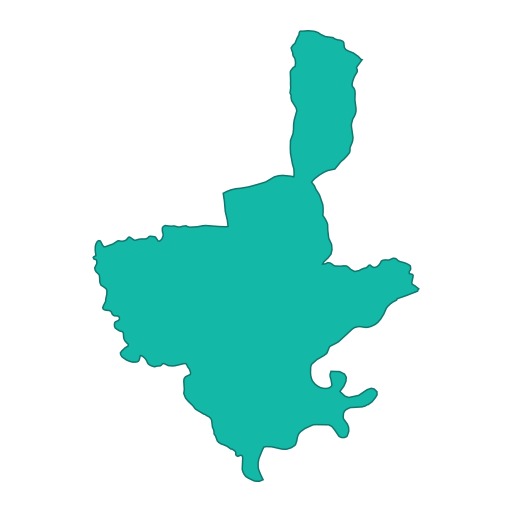 Tsendagang, Daga, Bhutan (Mercator projection)
{"feature_id": "84629894B97971916223830", "entity_name": "Tsendagang", "entity_type": "district", "adm_level": 2, "iso_a3": "BTN", "parent_name": "Bhutan", "parent_adm1": "Daga", "projection": "mercator", "projection_center": [89.946, 26.88], "detail": "fine", "context": "isolated", "style": "filled", "palette": "teal", "viewbox_px": 512, "rotation_deg": 0, "n_neighbors": 0, "source": "geoboundaries", "source_scale": "gbopen_adm2", "svg_char_len": 6055}
<svg xmlns="http://www.w3.org/2000/svg" viewBox="0 0 512 512"><path d="M418.8,288.9L414.9,285.8L412.4,284.4L411.7,282.9L413.0,276.9L413.1,275.4L412.6,274.5L411.4,274.1L409.8,273.8L409.1,273.2L409.3,271.4L410.2,270.2L410.7,269.1L410.5,266.7L410.1,265.6L408.4,264.5L406.1,263.4L403.9,262.6L400.0,261.6L398.0,260.6L396.4,259.0L395.2,258.4L393.3,258.2L388.8,260.1L385.1,259.9L382.7,260.3L381.3,261.1L380.0,263.6L378.6,265.3L377.0,266.7L375.0,267.4L373.6,267.4L372.0,266.6L370.0,265.0L368.7,265.4L367.7,266.6L366.1,267.9L364.3,268.2L361.8,269.1L359.3,270.5L354.7,271.5L350.8,269.5L349.3,268.0L347.3,266.4L346.1,265.9L342.7,265.9L341.1,266.2L335.1,266.0L333.5,265.3L331.4,263.7L330.1,263.0L327.8,262.6L325.2,263.9L322.6,264.0L323.9,261.8L328.1,257.8L331.0,254.1L332.0,249.7L331.6,244.5L328.7,238.1L327.8,230.4L327.6,224.3L326.9,222.3L325.3,219.1L322.8,215.3L323.1,212.8L323.1,208.0L322.8,204.7L319.5,195.1L317.7,192.1L315.7,189.0L314.4,185.8L311.5,182.1L314.6,178.7L319.4,175.0L324.0,172.2L327.9,170.5L334.9,169.0L340.8,161.7L344.1,158.9L347.2,155.6L349.5,152.7L350.0,150.8L350.0,147.7L351.9,143.1L352.7,140.5L353.0,137.5L351.4,126.3L351.5,123.7L352.8,118.9L354.4,116.2L355.5,113.5L356.0,111.1L356.0,108.3L354.9,100.1L355.1,93.3L354.9,90.6L354.0,88.3L352.6,86.7L352.1,85.3L352.2,83.4L352.8,80.9L354.3,76.7L357.2,71.8L357.3,69.9L356.5,67.9L356.8,66.9L362.1,59.7L360.9,59.3L358.3,56.5L353.4,53.0L347.7,50.7L345.7,49.5L344.4,47.6L343.7,42.4L342.8,41.3L340.4,40.2L337.4,39.8L334.6,38.8L333.1,37.6L325.4,36.6L320.5,34.3L318.1,32.6L314.7,31.4L311.3,31.0L307.9,30.7L304.0,31.1L300.2,31.2L299.6,31.9L299.1,33.2L299.1,34.4L297.0,38.4L295.0,43.3L292.8,45.3L291.1,47.9L292.0,51.0L292.5,51.8L292.9,54.9L293.2,55.9L294.8,58.4L295.1,59.4L295.4,61.4L295.5,63.5L295.1,66.5L293.3,67.4L290.8,70.6L290.4,71.5L290.3,72.5L290.6,80.7L290.5,83.8L290.7,87.9L290.0,92.9L291.1,95.3L291.0,97.4L291.7,100.8L296.1,107.9L296.8,110.8L294.2,120.1L293.6,124.5L293.5,129.7L293.0,133.7L290.5,140.4L290.3,147.4L290.5,153.3L292.4,163.7L293.9,169.0L294.1,174.1L293.8,176.8L290.9,176.2L283.0,175.4L278.8,175.7L274.5,176.8L265.6,182.0L258.0,184.3L248.6,186.9L240.3,188.3L235.9,188.7L231.1,189.8L227.1,191.3L223.2,193.3L224.4,201.1L225.3,211.5L227.3,220.0L228.1,226.4L225.9,226.8L218.7,226.5L205.6,225.5L203.0,225.7L197.1,226.8L189.6,227.2L187.2,226.5L186.2,225.8L182.7,226.2L180.8,226.8L178.7,227.1L174.0,225.9L171.9,226.2L169.7,226.1L165.2,225.5L163.7,226.3L162.6,227.4L162.3,228.5L162.3,230.2L162.5,231.9L163.1,233.6L163.1,235.9L162.0,238.8L160.9,240.1L159.5,241.1L158.2,241.1L155.5,237.1L154.6,236.7L150.1,236.2L148.9,236.7L147.7,238.0L145.9,238.9L143.4,239.0L142.5,238.9L139.0,239.2L135.2,240.3L134.0,240.0L130.1,237.3L129.1,237.0L128.2,237.6L126.3,239.9L124.2,240.9L121.7,241.3L118.5,240.7L117.5,241.0L113.0,244.0L105.1,246.8L103.8,246.7L102.7,245.4L100.4,241.0L98.7,240.6L97.4,241.4L96.1,243.6L95.3,246.2L95.2,250.4L95.9,255.7L93.8,256.7L93.2,257.4L93.8,258.9L96.5,260.0L96.8,261.1L96.8,263.6L94.7,267.9L95.2,270.2L96.2,271.9L99.1,274.7L99.5,276.3L99.8,281.9L100.7,284.7L101.3,285.4L103.0,286.4L106.0,288.6L106.7,289.9L106.9,290.9L106.8,294.2L105.7,299.3L105.6,301.4L103.4,305.8L102.7,307.7L103.1,308.8L104.1,309.7L106.3,310.3L109.0,310.5L110.7,311.2L111.5,312.4L112.3,314.3L113.5,315.4L114.4,315.8L117.7,316.0L118.9,316.7L119.3,317.5L119.5,318.7L119.2,319.7L118.0,320.7L115.4,321.8L114.7,322.8L114.4,324.1L114.5,326.4L115.3,328.1L117.3,329.5L119.3,330.8L122.4,331.7L123.2,332.5L123.4,333.7L123.6,337.1L124.0,338.8L124.8,340.7L127.1,343.3L127.9,343.8L128.3,344.6L128.1,346.0L125.1,347.8L121.9,350.8L120.4,352.8L120.5,353.9L121.0,355.3L122.0,356.8L123.8,358.2L126.7,360.1L129.8,361.4L132.5,362.1L135.5,362.1L137.0,361.9L138.3,361.3L139.2,360.0L140.3,355.7L141.1,355.5L143.4,356.9L145.0,358.4L146.3,360.1L148.0,363.7L149.5,364.9L151.5,365.9L154.5,366.8L157.6,366.0L160.1,365.9L161.4,365.1L162.4,363.9L163.4,363.5L164.7,363.9L168.3,365.6L172.7,366.0L175.2,365.7L184.0,363.6L185.7,363.6L186.6,364.5L187.7,366.8L189.5,369.3L190.6,372.6L190.3,374.5L185.6,376.7L184.3,378.3L184.0,379.2L183.8,381.3L184.3,389.4L183.8,393.5L185.6,398.1L188.2,401.2L193.0,405.8L195.0,408.6L195.8,409.3L203.6,414.0L205.6,414.7L206.3,415.4L209.1,416.8L210.9,418.6L211.7,420.6L212.4,426.9L213.6,429.8L214.0,431.6L214.1,434.0L215.5,435.9L217.3,440.9L218.7,442.4L221.3,444.0L223.2,444.6L227.0,446.2L230.3,448.6L231.1,449.1L232.0,449.0L234.6,450.8L235.3,451.5L235.7,452.4L235.8,454.5L236.2,455.4L237.0,456.0L237.9,456.3L240.8,455.2L241.8,455.6L242.5,456.4L242.7,458.3L242.2,469.4L243.1,472.2L244.0,474.1L245.8,476.5L248.5,478.2L254.1,480.9L256.2,481.2L259.3,481.3L263.1,479.7L260.7,474.8L258.6,469.5L258.2,467.3L258.1,464.0L258.3,461.7L259.0,458.4L262.3,450.1L263.9,447.1L266.1,446.6L271.7,446.8L281.5,449.0L284.8,449.3L287.0,449.1L291.3,447.7L294.1,445.9L295.0,445.2L295.6,444.3L296.7,441.1L297.3,437.8L297.9,435.6L298.9,433.6L299.6,432.7L301.2,431.2L304.9,428.5L313.0,424.8L316.3,424.6L328.6,424.8L331.6,426.3L332.4,427.1L334.5,429.7L338.9,436.2L339.8,436.8L341.9,437.6L344.2,437.6L346.3,436.8L347.1,436.1L348.6,431.9L348.8,430.7L348.6,427.4L347.4,424.2L343.5,418.8L343.2,417.7L343.5,413.2L344.5,411.2L346.1,409.6L350.1,407.6L362.0,406.9L365.2,406.0L367.1,404.8L368.2,404.6L372.0,401.8L375.2,397.9L377.0,395.0L377.0,391.8L374.2,389.0L371.3,388.3L367.1,389.7L358.6,395.4L348.7,397.5L344.9,396.1L339.9,391.5L343.8,386.2L345.9,381.5L346.3,377.3L344.5,374.1L339.6,371.6L331.0,371.3L330.0,374.6L330.2,376.8L331.1,380.0L331.9,384.7L331.7,385.7L331.2,386.5L329.3,387.8L327.1,388.4L323.7,388.4L320.4,387.6L317.4,386.0L314.8,383.9L312.7,381.3L311.7,379.3L310.8,376.0L310.5,372.7L310.7,367.0L311.3,364.9L311.9,364.0L317.0,359.5L323.8,355.6L326.5,353.6L327.1,352.7L329.2,347.4L329.8,346.5L330.7,345.9L335.7,343.4L338.6,341.7L352.6,328.8L354.5,327.6L357.8,326.7L360.0,326.6L365.6,327.4L367.8,327.3L371.1,326.4L375.1,324.5L377.8,322.4L380.7,319.0L383.7,314.2L386.4,308.1L387.8,306.3L390.2,304.0L392.9,302.0L396.6,300.1L397.2,298.7L407.0,295.3L417.6,291.1L418.0,289.7L418.8,288.9Z" fill="#14b8a6" stroke="#0f766e" stroke-width="1.5"/></svg>